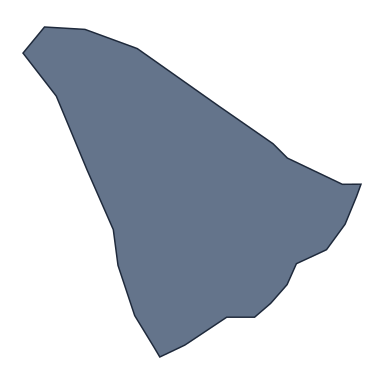 outline of Höganäs, Skåne, Sweden
{"feature_id": "70781695B23199884308581", "entity_name": "Höganäs", "entity_type": "district", "adm_level": 2, "iso_a3": "SWE", "parent_name": "Sweden", "parent_adm1": "Skåne", "projection": "albers", "projection_center": [12.637, 56.23], "detail": "fine", "context": "isolated", "style": "filled", "palette": "slate", "viewbox_px": 384, "rotation_deg": 0, "n_neighbors": 0, "source": "geoboundaries", "source_scale": "gbopen_adm2", "svg_char_len": 434}
<svg xmlns="http://www.w3.org/2000/svg" viewBox="0 0 384 384"><path d="M361.0,184.2L342.3,184.3L287.4,158.1L273.1,143.8L218.2,105.7L137.3,48.6L85.0,29.4L44.5,27.0L23.0,53.1L56.3,96.1L87.1,170.0L113.3,229.6L118.0,265.4L134.7,315.6L153.7,346.7L159.8,357.0L184.8,345.1L226.7,317.2L254.6,317.2L270.8,303.2L287.1,284.6L296.4,263.7L326.5,249.7L345.1,224.2L356.6,196.3L361.0,184.2Z" fill="#64748b" stroke="#1e293b" stroke-width="1.5"/></svg>